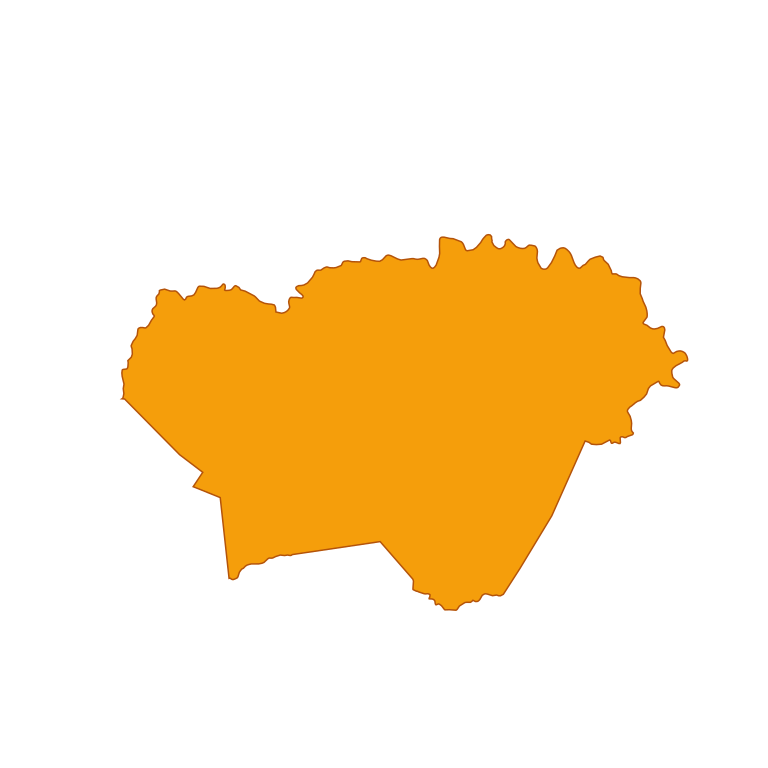 outline of Yuscaran, El Paraíso, Honduras, rotated 312°
{"feature_id": "27666195B81385886170314", "entity_name": "Yuscaran", "entity_type": "district", "adm_level": 2, "iso_a3": "HND", "parent_name": "Honduras", "parent_adm1": "El Paraíso", "projection": "albers", "projection_center": [-86.803, 13.967], "detail": "fine", "context": "isolated", "style": "filled", "palette": "amber", "viewbox_px": 768, "rotation_deg": 312, "n_neighbors": 0, "source": "geoboundaries", "source_scale": "gbopen_adm2", "svg_char_len": 6159}
<svg xmlns="http://www.w3.org/2000/svg" viewBox="0 0 768 768"><g transform="rotate(312 384 384)"><path d="M623.7,458.9L619.7,456.2L614.7,453.7L612.6,453.5L607.6,453.6L605.4,452.6L601.4,452.2L600.3,451.2L599.9,449.4L600.3,446.7L601.4,443.9L604.9,437.3L605.8,434.9L606.2,432.8L606.3,429.7L606.0,427.6L605.2,426.1L603.5,424.6L602.4,424.0L599.2,423.1L593.5,425.2L586.3,427.2L579.6,427.9L577.6,427.3L576.2,425.9L575.5,424.5L575.2,423.2L577.1,417.2L578.4,415.2L579.9,413.3L585.1,409.4L586.2,408.1L586.9,406.9L587.4,405.5L587.6,404.3L587.3,403.4L585.8,400.8L584.4,399.0L583.6,398.7L580.5,398.3L578.9,397.7L577.4,396.3L576.0,394.4L574.9,391.9L574.4,390.0L575.1,380.8L575.0,380.1L574.5,379.5L573.1,378.8L571.3,378.8L570.6,379.1L569.5,380.2L568.4,380.7L567.1,381.1L565.7,381.1L564.1,380.7L562.8,380.2L561.8,379.4L561.0,378.3L560.6,376.3L560.4,373.0L561.8,369.1L562.8,368.5L564.0,366.8L565.6,365.2L565.8,363.1L564.7,361.5L563.1,360.5L559.7,360.4L557.5,360.5L553.8,361.2L547.4,361.3L543.4,360.4L538.7,356.7L538.3,355.7L538.4,354.6L540.9,349.6L541.4,347.7L541.4,346.2L538.3,338.2L536.2,335.5L533.4,330.5L532.0,328.9L531.2,328.4L530.4,328.2L529.5,328.3L528.5,328.7L523.3,333.2L518.3,338.0L515.1,340.0L507.2,343.2L504.7,343.4L503.1,343.1L502.6,342.7L502.1,342.0L502.0,340.2L502.6,337.8L504.8,333.5L504.8,331.6L504.5,330.2L503.5,328.9L500.1,326.4L498.9,325.3L497.8,323.7L496.9,322.0L495.8,320.8L487.5,313.7L486.0,310.4L484.0,303.4L482.9,301.2L482.0,300.4L480.8,299.8L475.3,299.7L472.3,298.7L470.1,296.0L467.5,291.7L465.7,287.5L465.3,285.7L464.5,284.6L463.4,283.7L462.4,283.4L459.3,284.6L458.6,284.4L453.4,278.3L451.4,274.8L448.7,272.4L447.7,272.0L446.7,272.0L444.1,272.8L443.4,272.9L438.5,270.5L436.7,269.0L434.1,265.9L433.0,263.6L432.4,262.9L430.2,261.8L426.2,260.8L424.1,258.4L423.3,257.9L421.2,257.7L418.6,258.6L415.5,259.4L407.9,259.6L403.9,258.2L401.9,256.7L400.0,254.8L398.1,254.0L397.1,253.9L396.4,254.2L395.6,255.5L395.3,260.2L395.5,263.1L395.2,265.0L394.5,265.7L393.4,265.7L392.6,265.3L390.1,261.4L387.7,258.8L386.4,257.1L385.6,256.6L383.6,256.9L381.5,258.0L380.3,259.3L378.4,262.0L377.5,262.8L376.8,263.0L374.2,263.2L372.1,262.8L370.3,262.1L368.1,260.6L365.2,255.5L368.4,252.0L369.1,250.5L369.3,249.5L368.0,247.0L366.1,244.5L364.0,241.2L362.5,236.7L362.3,235.5L362.7,230.3L362.6,228.5L360.1,218.7L358.0,214.5L358.7,211.6L357.9,208.1L357.3,207.6L356.3,207.4L353.2,207.5L351.7,207.3L350.2,206.4L348.2,204.5L347.3,203.4L347.2,202.7L349.3,201.6L350.7,200.3L351.3,199.1L351.1,198.0L350.3,197.5L348.3,197.6L346.5,197.5L344.6,196.7L343.3,195.8L338.7,190.9L336.1,184.9L333.2,181.4L332.3,181.0L331.0,181.1L326.0,182.7L323.0,183.1L320.7,182.1L318.1,179.8L317.1,179.3L316.2,179.2L314.4,179.8L313.0,179.5L312.7,178.2L313.8,170.8L313.9,168.4L313.7,167.1L313.2,166.3L311.2,164.3L310.0,162.8L307.7,157.5L304.1,154.9L303.1,154.6L302.1,155.5L300.4,156.4L297.1,156.4L295.9,156.8L294.7,157.8L292.1,160.9L290.3,162.0L289.0,162.2L285.3,161.8L283.9,162.2L282.9,162.9L282.0,164.1L281.3,165.6L281.1,167.3L280.8,167.8L280.1,168.1L275.8,168.5L270.1,169.8L266.6,169.5L265.8,169.0L264.5,166.9L263.1,165.3L261.7,164.5L260.2,164.4L255.0,168.0L251.3,168.8L247.9,169.0L243.4,170.4L242.6,171.3L241.6,173.2L237.8,177.0L234.8,178.3L230.0,178.0L228.6,179.7L225.5,182.1L224.5,182.6L223.6,182.8L222.8,182.6L220.3,180.4L219.6,180.1L219.1,180.2L216.8,181.8L214.5,184.3L210.0,190.8L206.1,193.3L202.8,197.1L199.4,199.1L198.4,199.4L197.7,199.2L199.3,201.3L194.7,279.4L197.1,308.4L180.0,310.9L190.0,338.3L135.9,398.9L136.6,399.3L137.0,401.6L137.6,402.7L139.4,403.7L141.5,404.6L142.9,404.5L147.3,402.5L149.6,402.2L151.5,402.2L153.0,402.8L156.0,402.9L158.0,403.5L159.8,404.6L161.5,405.8L166.5,411.3L169.2,413.3L171.1,414.2L176.1,414.6L177.3,414.9L178.1,415.4L179.0,416.6L180.2,417.7L183.2,418.9L187.5,421.4L190.0,424.9L192.4,426.8L193.2,428.2L194.1,429.4L194.9,429.8L195.9,430.0L264.3,486.6L258.3,535.8L257.9,536.8L257.1,537.9L251.6,542.2L250.8,542.9L250.7,543.4L251.7,546.7L252.3,547.5L252.6,548.7L254.9,554.0L255.6,555.1L257.6,557.0L258.2,558.7L258.2,559.1L257.6,559.7L256.1,560.7L255.0,560.8L254.6,561.4L256.5,563.7L257.1,565.3L256.8,567.0L255.2,568.9L254.6,570.0L254.8,570.5L257.0,571.6L257.5,572.7L257.7,575.2L256.8,580.0L257.2,580.7L260.0,583.6L264.1,588.9L265.4,589.2L269.5,588.6L275.8,590.4L277.2,591.6L279.6,594.3L280.9,594.7L282.8,594.8L283.5,597.5L284.5,598.6L285.5,599.2L286.7,599.4L288.1,599.4L292.7,598.4L295.1,599.1L296.1,599.9L297.1,601.5L299.3,606.3L302.5,608.9L303.4,611.0L304.6,612.3L307.6,613.4L337.7,608.5L398.3,596.9L476.2,571.6L477.8,575.4L478.1,578.4L479.4,580.2L481.1,582.4L484.9,586.0L493.3,589.1L493.5,590.0L492.3,592.2L492.3,592.8L492.9,593.4L494.6,593.9L495.3,594.5L495.9,595.6L496.9,598.3L497.7,599.2L498.7,598.9L502.0,595.5L502.8,595.4L503.5,595.7L504.2,596.3L504.7,597.3L505.1,598.6L506.0,599.5L507.8,600.0L512.6,602.6L513.3,602.6L514.4,602.1L514.7,600.0L515.3,598.7L516.5,597.4L520.4,594.4L522.4,592.1L524.7,588.5L526.3,583.5L527.1,582.7L528.2,582.2L531.2,582.1L533.7,582.7L538.0,583.3L540.8,584.0L543.5,585.5L548.2,586.0L552.3,585.8L557.6,583.5L560.9,583.3L568.9,585.8L569.7,586.2L569.8,586.7L569.2,587.9L568.6,590.2L568.8,591.2L569.2,592.3L570.2,593.6L571.8,595.2L572.9,596.8L575.8,602.4L576.6,603.6L577.4,604.3L578.3,604.7L580.6,604.5L581.5,603.9L581.9,602.6L581.9,595.7L582.2,594.1L584.6,590.7L586.6,588.8L587.8,588.4L589.5,588.2L593.1,588.8L599.5,591.1L601.9,591.6L602.8,592.3L603.5,593.5L604.3,593.9L605.1,593.5L606.2,592.3L607.3,590.5L608.0,588.6L608.4,587.2L608.3,585.8L607.9,584.1L607.1,582.4L605.9,581.1L604.0,579.7L600.3,578.5L599.9,577.6L599.9,575.9L602.1,568.6L604.5,563.9L605.7,560.4L612.1,556.5L613.3,554.9L613.6,553.5L613.3,552.7L612.6,551.9L608.4,550.1L605.9,548.2L604.8,546.8L603.9,544.5L603.6,540.1L602.5,537.2L602.5,536.1L602.9,535.5L603.7,535.3L609.6,534.7L610.6,534.1L612.3,532.6L614.2,530.4L616.3,527.2L618.9,521.1L620.2,518.9L622.5,514.0L626.6,510.4L631.0,507.3L631.8,506.2L632.1,505.3L632.0,502.3L631.1,499.9L630.1,498.3L627.3,495.2L623.1,489.3L621.6,485.8L621.5,484.1L621.1,482.8L618.6,480.0L619.0,478.7L620.3,477.1L623.0,470.5L623.1,465.0L623.5,463.6L624.3,462.7L624.6,461.7L623.7,458.9Z" fill="#f59e0b" stroke="#b45309" stroke-width="1.5"/></g></svg>